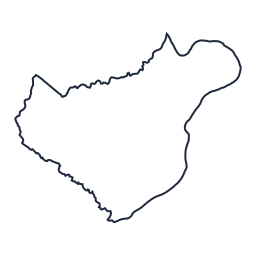 the district of Filadélfia, Tocantins, Brazil
{"feature_id": "56859067B89236787477182", "entity_name": "Filadélfia", "entity_type": "district", "adm_level": 2, "iso_a3": "BRA", "parent_name": "Brazil", "parent_adm1": "Tocantins", "projection": "mercator", "projection_center": [-47.816, -7.505], "detail": "fine", "context": "isolated", "style": "outline", "palette": "slate", "viewbox_px": 256, "rotation_deg": 0, "n_neighbors": 0, "source": "geoboundaries", "source_scale": "gbopen_adm2", "svg_char_len": 5443}
<svg xmlns="http://www.w3.org/2000/svg" viewBox="0 0 256 256"><path d="M22.1,142.9L23.1,144.1L24.4,144.9L25.9,145.9L26.9,146.7L28.1,147.2L28.9,148.2L29.9,149.1L31.2,149.8L32.5,149.2L33.3,150.2L34.4,151.2L35.3,152.1L36.2,153.3L37.8,153.0L38.5,153.9L39.6,154.7L40.0,155.8L40.7,157.2L41.3,158.1L42.4,157.6L43.2,159.1L44.7,160.3L46.1,161.0L47.3,161.1L48.0,160.1L49.3,159.9L51.0,160.4L52.2,161.3L53.5,161.7L55.1,162.4L56.6,162.9L57.7,163.2L58.8,163.5L59.4,164.6L60.2,165.9L59.3,166.8L59.1,168.1L58.6,169.3L59.0,170.3L59.2,171.5L60.1,172.2L61.5,173.2L62.8,174.0L64.3,174.1L64.9,175.0L65.5,175.8L66.7,175.0L68.0,174.6L69.3,174.9L69.4,176.4L70.8,176.6L72.6,177.5L72.2,179.1L71.7,180.6L73.4,181.3L74.9,181.4L75.8,182.6L77.0,183.0L78.3,182.6L78.2,183.9L79.7,183.7L81.1,184.1L82.5,184.2L82.6,185.5L83.0,186.8L83.7,188.3L84.8,189.3L85.8,190.2L87.3,190.4L87.8,189.5L89.0,190.1L88.9,191.5L89.5,192.5L90.6,193.1L91.6,192.5L92.4,191.7L93.0,193.6L93.9,194.8L94.3,196.0L94.6,197.2L95.7,198.1L95.7,199.6L95.7,200.7L96.7,202.0L97.9,202.5L98.9,203.0L99.7,204.0L99.7,205.2L99.6,206.3L98.9,207.2L100.4,207.9L100.7,209.1L101.9,209.5L103.3,209.0L105.0,208.2L106.0,209.6L107.2,210.9L108.6,211.3L110.4,211.1L111.0,212.6L110.8,214.2L110.5,215.5L109.9,216.6L109.3,217.8L108.2,218.7L107.7,220.0L109.3,220.7L110.5,220.7L111.8,220.3L113.0,221.1L113.9,222.1L115.5,221.8L116.7,221.3L117.8,220.8L118.9,220.2L120.2,219.7L121.3,219.3L122.6,219.0L124.0,218.8L125.3,218.6L126.6,218.6L128.0,218.3L129.5,217.6L130.7,216.6L131.5,215.7L132.3,214.3L133.0,213.0L134.0,212.1L135.1,211.3L136.2,210.6L137.8,209.8L138.9,209.1L140.3,208.2L141.8,207.2L143.1,206.0L144.4,204.9L145.3,204.2L146.3,203.2L147.6,202.2L148.4,201.5L149.4,200.9L150.3,200.2L151.3,199.4L152.7,198.5L154.3,197.6L155.5,196.9L156.9,196.3L158.6,195.7L160.0,195.1L161.1,194.8L162.3,194.3L163.8,193.5L165.3,192.7L166.6,191.9L167.9,191.0L169.1,190.1L170.6,189.0L171.8,188.1L172.8,187.3L173.8,186.6L174.7,185.6L175.7,184.7L176.8,183.8L177.7,183.0L178.6,182.0L179.3,181.1L180.0,180.3L180.9,179.1L181.6,178.1L182.1,177.0L182.8,176.0L183.3,174.9L183.9,173.6L184.5,172.0L185.3,170.3L186.0,169.0L186.5,167.6L186.6,166.3L186.5,165.2L186.4,164.0L186.1,162.7L185.8,161.3L185.6,160.2L185.4,159.0L185.4,157.9L185.4,156.5L185.4,155.1L185.4,153.9L185.5,152.6L185.6,151.0L185.8,149.4L186.3,147.7L186.7,146.0L187.1,144.7L187.5,143.7L187.9,142.7L188.4,141.4L188.7,140.0L188.8,138.5L188.8,137.0L188.9,135.5L188.6,134.0L187.6,132.8L186.8,132.0L186.0,131.1L185.2,129.7L184.8,128.3L184.9,126.5L185.3,124.9L185.7,124.0L186.3,122.7L187.4,121.3L188.6,120.3L189.7,119.3L190.6,117.8L191.5,116.2L192.4,114.8L193.5,113.1L194.2,111.9L195.0,110.8L196.0,109.3L196.9,108.3L197.8,107.2L198.6,106.2L199.3,105.1L200.2,103.9L201.6,100.2L202.9,98.1L205.0,95.6L209.9,92.3L212.5,91.2L214.0,91.0L219.1,89.2L220.5,88.4L224.3,87.2L227.2,85.5L229.3,84.6L233.5,82.1L236.2,79.9L237.9,77.9L238.9,75.8L239.3,74.5L239.9,72.7L240.4,70.2L240.6,69.1L240.6,67.9L240.6,66.8L240.2,65.8L239.7,64.6L239.2,62.7L238.8,61.6L237.9,59.6L237.0,57.9L235.1,55.2L234.0,53.1L232.9,51.4L231.5,50.0L230.2,49.2L228.7,48.0L225.9,46.5L224.1,45.5L223.5,44.0L221.4,42.5L217.9,41.2L212.3,41.1L210.9,41.4L209.3,41.5L208.1,41.3L206.7,40.8L201.4,40.4L199.8,40.6L196.9,41.6L194.3,43.5L192.1,46.4L190.9,48.9L190.1,49.8L188.7,52.3L187.2,53.9L184.6,55.3L182.9,55.6L181.0,55.5L180.0,55.2L178.8,54.4L177.6,53.0L175.5,49.6L175.0,48.5L172.8,44.2L171.1,41.7L170.2,39.1L168.5,35.9L166.8,33.9L166.3,36.1L166.1,37.3L165.7,38.6L165.3,39.8L164.9,40.8L164.4,41.7L163.7,42.5L163.1,43.6L162.5,44.9L162.0,46.2L161.6,47.2L160.9,48.3L159.7,49.3L158.0,50.0L156.7,50.4L155.5,50.9L154.6,51.6L153.7,52.4L153.1,53.2L152.8,54.3L153.0,55.4L152.7,56.8L151.9,58.3L150.6,58.9L149.6,59.5L148.9,60.5L148.7,62.0L147.4,62.7L146.2,62.6L145.0,62.0L143.2,62.1L143.1,63.6L143.5,65.0L142.3,66.3L142.8,67.7L143.0,69.1L142.4,70.1L141.5,69.8L140.4,69.4L139.7,70.3L139.0,71.5L138.3,72.7L137.7,73.5L136.5,73.7L135.0,73.8L133.7,74.0L132.4,74.2L131.4,75.1L130.4,75.8L129.5,74.9L129.3,73.7L128.8,72.8L127.6,73.3L127.2,74.8L126.7,75.9L125.7,76.4L124.3,76.7L123.0,77.5L121.5,77.1L120.0,77.9L118.3,78.4L116.8,78.4L115.4,78.1L113.9,77.6L112.5,77.5L111.4,77.4L110.7,78.1L109.9,79.2L109.6,80.5L109.4,81.8L108.9,82.8L107.7,83.9L106.4,83.4L105.0,82.7L103.4,82.5L102.5,83.6L101.1,83.7L100.6,82.6L99.9,81.2L98.3,80.5L97.1,81.1L96.1,82.0L95.4,83.4L94.2,83.9L92.4,83.4L91.4,83.6L90.9,84.7L90.6,86.5L89.8,87.7L88.7,87.4L87.2,87.1L86.1,86.1L85.3,85.2L84.2,85.0L83.1,84.4L81.5,84.7L80.2,85.5L79.4,86.2L78.5,86.9L77.6,88.1L76.4,87.7L76.0,86.6L74.6,86.4L73.5,87.4L71.7,87.5L70.3,87.7L69.4,89.0L68.6,89.9L68.1,91.4L67.6,92.8L66.8,93.6L66.2,95.0L65.4,95.9L63.9,96.1L62.7,96.9L61.5,96.0L60.9,94.7L59.8,93.9L58.4,93.0L51.0,86.8L49.7,85.7L47.4,83.8L43.4,80.5L42.3,79.4L40.7,78.1L36.0,75.0L34.8,76.4L33.7,77.2L32.8,78.2L32.8,79.6L33.1,81.1L32.9,82.5L33.2,83.9L33.0,85.5L32.1,86.9L31.6,88.4L31.2,89.9L30.8,91.3L31.1,92.6L31.1,93.6L30.5,94.8L30.2,96.4L29.7,97.7L28.6,99.1L26.8,99.6L25.4,99.9L24.7,101.0L24.7,102.3L24.8,103.7L25.3,105.0L25.3,106.3L25.0,107.7L24.1,108.4L23.5,109.4L22.4,110.1L21.2,110.7L20.1,111.6L19.9,112.8L19.6,114.1L19.5,115.4L18.5,116.0L17.3,116.3L16.5,117.3L15.4,118.3L15.4,119.4L16.0,120.7L16.3,121.9L16.7,122.8L17.6,123.7L17.8,125.2L18.5,126.2L19.4,127.1L19.5,128.4L19.9,129.8L20.5,131.2L20.6,132.9L19.9,134.0L19.6,135.0L20.4,136.0L21.2,136.8L22.1,137.8L22.8,138.8L23.2,140.0L23.1,141.4L22.1,142.9Z" fill="none" stroke="#1e293b" stroke-width="2"/></svg>